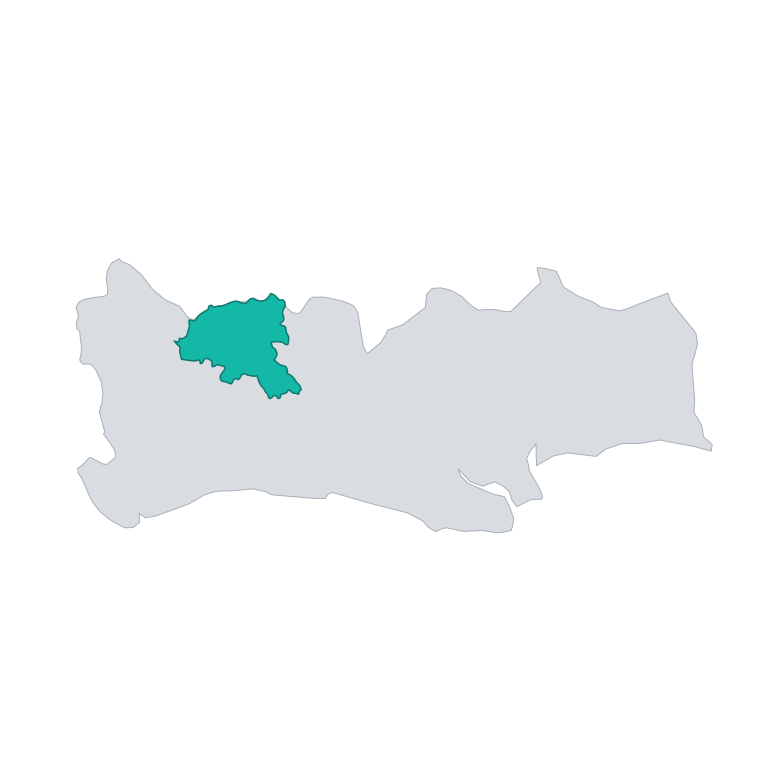 Guarda on a map of Portugal (Robinson projection), rotated 261°
{"feature_id": "PRT-753", "entity_name": "Guarda", "entity_type": "District", "adm_level": 1, "iso_a3": "PRT", "parent_name": "Portugal", "parent_adm1": "", "projection": "robinson", "projection_center": [-7.291, 40.712], "detail": "fine", "context": "in_parent", "style": "filled", "palette": "teal", "viewbox_px": 768, "rotation_deg": 261, "n_neighbors": 0, "source": "natural_earth", "source_scale": "10m", "svg_char_len": 5148}
<svg xmlns="http://www.w3.org/2000/svg" viewBox="0 0 768 768"><g transform="rotate(261 384 384)"><path d="M292.7,92.1L302.2,83.8L311.5,78.4L316.7,76.3L338.2,70.7L343.8,68.0L349.1,68.5L350.0,71.1L353.0,76.3L356.4,79.9L357.4,82.6L349.0,93.8L347.8,97.6L352.2,104.8L352.9,106.9L355.0,107.9L360.8,107.6L371.2,103.0L378.2,99.1L380.6,100.7L400.9,98.5L405.8,100.3L409.0,102.3L419.0,104.9L429.8,105.2L443.3,101.5L449.2,97.7L450.3,93.5L450.6,90.3L452.4,88.3L455.5,87.2L460.2,89.2L467.1,90.9L483.6,91.6L486.8,89.2L492.4,89.9L499.7,92.9L508.3,91.9L512.6,95.5L514.3,100.3L514.9,110.6L514.3,121.1L516.0,125.0L521.7,126.0L531.0,125.9L539.4,128.7L545.9,133.6L548.1,138.7L549.0,142.2L545.8,144.2L541.4,151.6L530.0,161.4L513.7,170.2L501.3,181.1L492.8,194.2L482.0,199.8L478.8,202.7L477.5,206.3L484.6,222.3L486.8,234.7L488.6,249.8L487.5,254.1L486.9,270.8L485.3,275.6L485.7,279.6L488.3,283.9L489.5,287.9L484.6,293.1L475.6,299.1L468.9,304.4L467.1,309.4L467.6,312.5L478.9,323.0L480.9,327.3L479.4,337.7L473.0,354.9L466.8,365.3L465.7,366.4L458.6,369.3L424.6,369.4L416.4,371.8L417.5,373.9L425.5,387.3L433.8,394.4L436.6,396.1L439.6,411.8L453.1,436.8L466.2,440.3L470.8,446.6L470.0,455.4L465.9,465.0L457.9,474.9L448.3,481.9L442.0,488.8L441.6,496.9L439.6,507.1L436.5,515.1L435.8,520.6L459.9,554.7L473.3,553.1L475.0,553.9L472.6,562.0L468.4,571.6L463.3,573.4L451.8,576.3L441.0,588.7L432.1,603.5L425.5,610.7L419.4,628.3L420.2,636.0L423.1,647.8L429.3,678.5L420.4,679.9L385.5,700.0L374.7,700.0L354.6,691.1L319.1,688.3L307.5,685.7L293.0,691.4L281.8,691.3L272.9,698.7L266.5,696.7L273.9,680.1L285.6,647.4L285.2,627.5L288.1,610.1L285.0,592.9L279.3,582.2L287.3,554.4L286.5,540.1L279.5,521.9L301.1,524.7L294.5,517.5L287.9,513.1L281.5,514.1L276.1,513.8L257.6,520.9L248.4,523.0L245.7,521.7L246.8,510.5L242.1,496.0L249.5,492.1L258.1,491.0L265.4,484.8L270.0,477.9L267.7,465.5L274.1,453.8L289.0,443.9L281.3,445.4L272.5,451.6L258.5,474.0L253.8,485.3L242.0,489.0L231.4,490.9L226.0,489.7L219.5,486.8L219.0,478.4L219.5,471.7L224.0,458.4L225.9,439.7L232.3,422.9L231.9,418.4L230.2,411.7L235.8,405.2L242.7,400.9L253.3,386.5L268.1,352.1L285.1,315.8L283.8,311.4L280.2,308.0L281.7,298.2L292.1,255.7L296.2,250.2L301.0,237.7L302.2,217.6L304.2,203.8L303.8,196.8L302.3,188.5L296.1,172.5L289.5,138.8L289.1,127.5L294.7,121.8L285.6,121.0L281.5,113.7L282.5,105.4L292.7,92.1Z" fill="#d9dde1" stroke="#a8b0b8" stroke-width="1"/><path d="M483.1,295.8L483.0,296.7L482.7,297.5L480.9,298.7L478.9,298.8L476.9,298.6L476.3,298.7L476.2,298.7L475.8,298.2L474.7,297.2L473.2,296.2L470.7,295.0L470.1,294.9L469.0,294.8L467.4,295.2L465.1,295.3L462.8,294.9L461.9,294.1L460.9,292.5L460.5,291.6L460.0,291.0L459.3,290.8L458.2,291.8L457.6,292.7L457.1,293.7L456.9,294.5L456.2,295.2L454.9,295.7L450.1,295.7L445.6,297.2L443.0,296.7L440.9,296.3L439.8,295.9L439.2,295.7L438.5,295.4L438.1,295.0L438.0,294.3L438.3,293.4L439.3,292.0L440.2,291.2L441.0,290.2L442.2,287.0L443.1,279.7L441.9,279.2L441.1,279.2L439.4,279.4L438.4,279.6L437.6,279.7L435.4,282.1L432.2,282.9L431.0,283.1L428.7,282.4L424.7,279.3L419.6,283.8L418.3,286.0L418.1,286.9L417.3,288.6L416.6,289.4L415.7,290.2L412.3,290.8L409.8,289.9L407.8,292.7L405.6,294.8L403.0,296.3L400.3,297.4L396.4,300.0L395.2,300.6L393.5,300.8L391.6,301.5L390.1,299.4L387.3,297.9L388.5,295.5L389.0,293.6L389.7,292.3L390.5,291.4L392.8,289.9L393.1,289.0L392.8,288.4L391.3,287.2L390.7,286.2L389.8,281.8L389.9,280.7L389.4,280.1L387.6,279.8L386.8,279.3L386.1,278.0L386.4,277.2L387.0,276.6L387.9,276.3L388.8,275.9L389.3,275.1L389.8,274.0L389.6,273.1L389.1,272.2L388.4,271.7L387.4,269.0L388.4,268.0L391.4,267.6L392.4,267.3L395.1,265.5L398.1,264.6L401.3,262.4L405.5,260.9L412.2,259.8L411.8,257.3L414.2,250.5L415.6,249.0L416.1,246.0L414.3,243.8L412.1,242.4L411.1,240.6L412.2,239.3L412.5,238.7L412.5,237.8L412.2,237.0L411.7,236.2L409.1,234.3L408.3,233.4L408.2,232.5L408.5,231.7L409.6,230.2L410.8,228.3L411.9,225.0L412.3,224.4L413.1,223.7L414.3,223.2L416.8,223.3L417.8,223.7L419.3,224.8L422.6,228.2L423.2,228.6L423.9,229.5L425.6,229.5L426.6,228.2L428.9,223.3L429.0,221.9L428.7,220.7L428.2,220.0L427.8,217.5L429.0,216.9L432.9,217.7L436.0,215.0L436.9,212.9L437.0,211.6L436.8,210.7L436.2,209.9L435.4,209.6L434.5,209.0L433.6,208.3L432.9,206.9L432.8,206.2L433.1,205.7L435.5,205.8L436.8,205.0L436.3,201.7L436.7,199.4L437.6,195.8L440.1,187.9L448.0,187.3L451.2,188.1L453.2,188.1L454.1,186.8L458.0,184.3L459.0,183.8L458.1,186.5L457.6,187.3L458.1,187.8L458.6,188.3L459.3,188.6L460.0,188.8L461.0,189.1L460.9,190.0L460.5,191.1L460.3,192.2L460.9,193.8L461.6,195.5L462.7,196.8L471.6,200.9L475.8,201.1L477.5,201.5L477.1,203.8L476.1,205.4L476.3,207.0L477.3,208.4L480.4,211.5L481.8,213.7L484.0,218.6L484.8,221.2L485.7,222.3L487.2,222.6L488.3,223.3L488.8,225.0L488.4,226.5L486.7,227.0L486.6,230.1L486.7,230.9L487.1,232.2L487.0,232.9L486.7,233.5L486.5,234.8L486.5,237.1L486.7,238.9L488.0,242.9L488.8,247.0L489.0,249.2L489.0,250.7L488.3,252.7L486.0,256.7L485.4,258.6L485.6,260.8L486.5,262.0L487.6,263.1L488.7,264.8L489.2,266.9L489.0,268.4L486.6,271.5L484.8,275.8L485.4,279.8L487.7,283.3L491.1,286.3L489.3,289.2L488.5,290.1L484.1,293.1L483.5,293.8L483.1,294.7L483.1,295.8Z" fill="#14b8a6" stroke="#0f766e" stroke-width="1.5"/></g></svg>